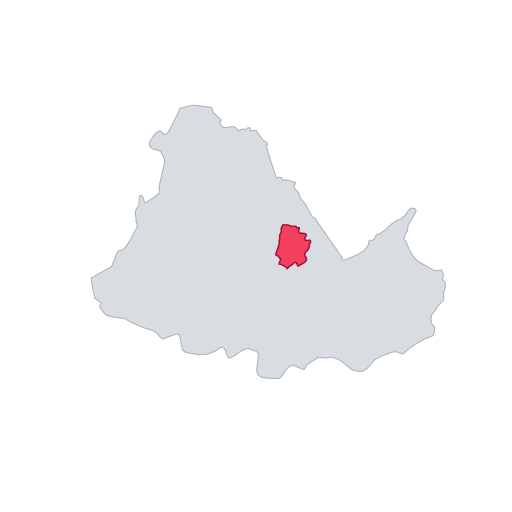 Ziro highlighted on a map of Burkina Faso, rotated 236°
{"feature_id": "BFA-2821", "entity_name": "Ziro", "entity_type": "Province", "adm_level": 1, "iso_a3": "BFA", "parent_name": "Burkina Faso", "parent_adm1": "", "projection": "equal_earth", "projection_center": [-1.878, 11.634], "detail": "fine", "context": "in_parent", "style": "filled", "palette": "rose", "viewbox_px": 512, "rotation_deg": 236, "n_neighbors": 0, "source": "natural_earth", "source_scale": "10m", "svg_char_len": 4429}
<svg xmlns="http://www.w3.org/2000/svg" viewBox="0 0 512 512"><g transform="rotate(236 256 256)"><path d="M359.1,326.1L348.4,326.7L344.5,328.2L342.1,328.3L342.0,327.0L341.8,326.2L328.2,321.8L318.7,319.2L309.1,316.4L308.5,319.1L307.1,320.8L305.1,320.9L303.6,320.5L302.7,322.6L301.1,325.3L298.8,326.6L296.6,328.3L295.4,329.8L294.5,329.8L292.3,326.3L289.4,326.0L283.9,326.6L281.5,325.6L278.1,325.2L270.2,325.9L257.5,324.5L255.4,325.2L254.8,325.9L242.3,326.0L228.5,326.2L216.9,326.4L206.8,326.5L206.8,325.9L203.5,325.8L203.2,327.0L200.3,341.0L200.0,348.6L201.5,353.4L203.2,356.4L205.1,357.6L205.3,359.3L203.8,361.5L203.9,363.8L205.7,366.1L206.1,368.5L205.2,371.1L205.4,377.3L206.8,387.0L206.8,393.3L205.5,396.2L206.1,401.2L208.6,408.1L209.0,411.1L208.2,412.5L206.1,414.3L204.0,414.2L201.5,410.0L200.5,408.1L198.5,403.8L196.8,399.5L194.6,397.6L192.3,395.9L189.6,390.4L187.0,387.8L184.3,388.5L180.2,387.5L172.1,386.2L163.3,386.6L159.7,387.8L156.1,389.8L147.0,394.2L143.4,396.4L140.7,401.9L137.6,401.7L134.5,400.0L132.5,397.5L128.4,398.0L124.4,395.6L120.5,390.9L117.7,389.3L114.1,385.9L113.1,379.3L110.8,374.7L108.7,368.3L105.5,365.5L101.9,363.9L96.9,364.3L93.6,361.7L91.0,358.0L91.7,354.7L92.9,350.2L93.1,345.7L93.9,338.6L93.4,329.6L92.6,323.3L95.3,320.7L98.5,318.4L100.5,314.2L102.7,304.6L103.6,296.4L102.9,293.4L101.9,290.9L101.1,287.4L100.6,283.1L101.2,279.3L103.6,275.8L106.7,272.9L108.8,271.5L114.5,270.0L121.6,267.8L125.8,265.4L128.8,262.9L130.5,260.9L132.2,256.9L134.9,253.8L137.1,250.7L137.4,242.0L137.4,237.1L135.8,234.3L135.0,232.0L145.6,225.2L145.6,220.4L144.2,215.0L142.1,210.7L141.4,207.0L144.3,202.6L146.9,199.3L148.8,196.5L153.0,192.3L157.3,191.2L161.2,192.8L172.7,202.8L174.7,203.4L177.1,202.7L180.1,200.0L184.1,197.9L185.6,191.2L185.4,181.4L186.3,176.9L188.4,176.0L195.1,177.9L196.8,178.0L198.7,177.4L200.1,175.7L200.0,172.5L199.7,169.7L201.9,160.5L205.9,153.7L213.9,145.1L216.3,143.4L219.2,142.5L233.5,148.4L235.8,146.9L239.3,132.3L243.2,130.9L247.8,130.7L250.8,129.4L252.4,128.4L259.2,122.9L271.1,115.3L277.5,112.1L278.8,110.9L283.4,105.5L289.5,99.4L293.4,98.2L298.8,97.7L302.2,98.7L303.1,100.5L304.2,101.3L311.2,98.7L321.3,102.9L330.0,107.0L329.4,109.6L329.4,114.1L328.7,121.4L327.9,130.0L331.5,135.7L335.8,141.7L337.0,144.1L335.8,150.0L336.6,153.5L339.0,159.3L342.8,166.7L346.9,174.3L349.6,175.3L352.2,176.0L353.8,177.3L356.2,178.6L358.5,179.5L360.5,181.2L361.8,182.8L363.5,187.5L368.0,190.6L371.1,193.7L369.9,195.2L366.0,194.6L362.3,193.2L361.8,195.5L361.7,204.1L362.3,211.3L363.2,212.3L366.9,213.6L375.7,222.9L383.8,231.7L386.4,234.0L390.9,234.9L395.8,235.3L397.9,234.5L402.7,230.0L405.2,229.5L407.6,229.6L408.9,230.4L411.2,234.0L413.4,239.5L414.0,243.5L413.8,245.7L413.1,246.5L409.2,247.6L407.5,248.4L407.1,249.6L407.7,252.3L408.5,254.1L412.8,262.0L419.0,272.7L421.0,275.4L419.9,278.6L416.8,286.9L414.5,290.4L404.1,302.2L398.9,300.8L388.2,303.2L386.6,300.5L384.1,300.2L381.0,300.6L379.9,301.7L379.5,302.8L378.4,304.5L376.5,309.2L374.9,310.3L373.0,311.1L370.7,311.0L369.3,311.6L369.3,313.9L368.9,315.9L367.3,317.0L366.7,319.2L366.8,321.4L365.9,322.5L363.9,321.9L362.6,321.3L361.5,324.2L360.1,326.1L359.1,326.1Z" fill="#d9dde1" stroke="#a8b0b8" stroke-width="1"/><path d="M265.3,293.0L266.8,295.7L265.2,297.8L264.4,299.1L263.9,299.8L263.2,300.4L262.3,301.0L261.4,301.5L260.3,302.6L258.5,305.4L257.5,305.9L256.9,305.7L256.2,306.1L255.3,307.6L254.0,306.7L253.8,306.1L253.3,305.4L252.2,305.1L251.6,305.0L250.8,305.1L249.7,305.9L248.9,307.3L247.7,308.5L247.0,309.1L246.3,309.6L245.2,309.4L244.5,308.5L244.1,307.7L243.9,306.8L243.5,306.3L241.6,305.6L240.3,307.0L239.7,308.0L239.2,309.3L238.8,309.6L238.1,309.6L237.3,309.2L236.6,308.7L236.4,307.7L235.9,306.7L234.9,306.3L234.1,305.6L233.2,304.6L232.4,303.2L231.8,301.6L231.5,300.1L231.5,299.3L231.5,299.0L231.0,298.4L230.2,297.4L229.4,296.8L228.3,296.6L226.2,296.7L225.2,296.2L224.2,295.1L223.6,293.6L223.6,291.9L224.0,285.3L224.7,285.1L226.2,285.5L228.0,285.6L228.9,285.0L229.0,283.8L228.9,282.5L228.5,281.2L228.6,280.2L228.8,279.5L228.5,276.6L228.2,274.7L228.8,274.8L230.4,274.5L234.1,272.7L235.5,271.7L236.3,270.9L236.4,270.7L238.0,272.2L239.4,275.0L239.9,275.0L240.6,274.4L242.1,274.5L243.7,274.4L244.9,273.4L246.0,273.1L246.9,273.8L250.5,278.9L251.4,279.8L252.4,281.2L253.4,282.4L254.4,282.8L255.4,283.5L256.2,284.3L256.9,285.2L259.7,287.0L260.3,287.8L260.9,288.8L262.0,290.6L265.2,292.6L265.3,293.0Z" fill="#f43f5e" stroke="#9f1239" stroke-width="1.5"/></g></svg>